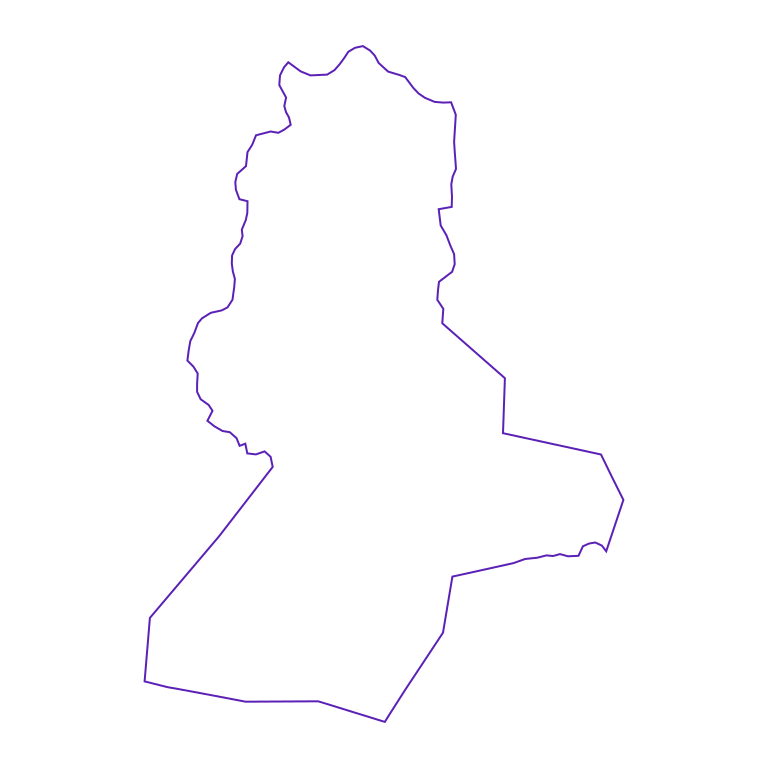 São Miguel da Baixa Grande, Piauí, Brazil (orthographic projection)
{"feature_id": "56859067B26070453976933", "entity_name": "São Miguel da Baixa Grande", "entity_type": "district", "adm_level": 2, "iso_a3": "BRA", "parent_name": "Brazil", "parent_adm1": "Piauí", "projection": "orthographic", "projection_center": [-42.28, -5.802], "detail": "fine", "context": "isolated", "style": "outline", "palette": "violet", "viewbox_px": 768, "rotation_deg": 0, "n_neighbors": 0, "source": "geoboundaries", "source_scale": "gbopen_adm2", "svg_char_len": 1724}
<svg xmlns="http://www.w3.org/2000/svg" viewBox="0 0 768 768"><path d="M241.8,229.7L242.6,236.2L240.2,243.6L235.1,249.0L232.1,255.4L231.8,263.5L232.8,271.2L234.9,279.0L234.2,287.2L232.5,299.7L227.5,307.4L221.7,310.4L210.8,312.8L202.0,318.3L198.0,323.0L194.3,333.0L190.3,341.1L188.6,350.9L187.4,360.6L193.4,366.6L197.7,373.5L197.1,383.8L197.1,391.9L200.7,399.3L208.7,405.0L212.5,410.8L207.4,420.8L214.4,426.3L222.5,431.0L229.8,432.2L236.5,438.1L239.6,445.8L245.3,443.7L247.3,453.4L255.9,454.4L264.6,451.4L270.6,456.8L272.7,466.9L218.9,536.5L149.9,617.9L144.6,681.4L167.7,687.2L176.0,688.6L200.8,693.2L245.6,701.7L318.2,701.3L384.8,721.9L390.7,712.5L405.2,689.8L443.0,632.7L452.4,576.6L513.5,563.1L525.0,559.0L537.4,557.7L546.4,555.4L553.1,556.0L560.0,554.1L568.1,556.3L578.5,555.8L582.9,546.3L588.9,543.6L595.2,542.5L601.9,545.6L606.2,551.3L623.4,499.9L612.3,477.7L601.0,454.5L503.0,433.2L504.9,378.2L442.3,323.3L443.3,308.8L437.3,299.8L438.0,290.2L439.0,281.8L446.6,276.0L452.1,271.8L454.7,264.2L454.1,254.1L450.4,245.7L446.4,235.2L440.7,225.5L438.7,209.2L451.7,206.9L452.0,196.8L451.3,184.3L452.7,176.6L456.0,168.9L454.7,151.1L454.1,141.8L455.8,114.8L451.1,102.3L443.3,102.6L434.7,101.9L424.9,97.8L418.6,93.5L413.3,87.9L405.2,77.1L399.5,75.0L388.1,71.6L378.7,63.0L374.7,55.5L370.0,50.5L362.9,46.1L355.0,47.8L348.3,51.8L344.3,57.9L339.6,64.3L334.5,70.1L327.2,74.6L310.5,75.4L300.7,71.4L288.3,62.3L284.0,67.3L280.0,75.4L279.3,85.1L286.1,97.6L284.3,106.0L286.0,112.1L289.0,117.5L290.7,124.8L284.0,129.8L278.3,132.8L270.6,131.5L256.0,135.3L252.2,144.8L247.5,152.1L246.0,166.1L237.2,173.9L235.3,182.0L235.9,189.7L239.4,199.2L247.5,201.2L247.3,213.0L245.8,220.0L241.8,229.7Z" fill="none" stroke="#5b21b6" stroke-width="2"/></svg>